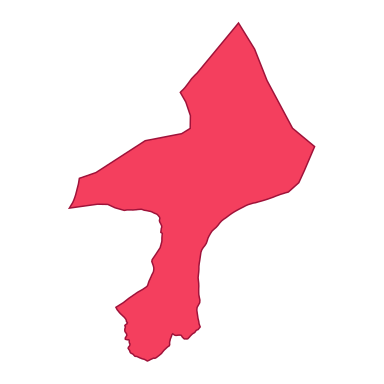 Markhah As Sufla, Shabwah, Yemen
{"feature_id": "15242507B42108001153056", "entity_name": "Markhah As Sufla", "entity_type": "district", "adm_level": 2, "iso_a3": "YEM", "parent_name": "Yemen", "parent_adm1": "Shabwah", "projection": "robinson", "projection_center": [46.113, 14.696], "detail": "fine", "context": "isolated", "style": "filled", "palette": "rose", "viewbox_px": 384, "rotation_deg": 0, "n_neighbors": 0, "source": "geoboundaries", "source_scale": "gbopen_adm2", "svg_char_len": 4096}
<svg xmlns="http://www.w3.org/2000/svg" viewBox="0 0 384 384"><path d="M200.2,326.9L200.0,326.4L199.1,323.9L198.7,321.1L198.0,318.4L197.6,315.6L197.2,312.9L196.8,310.1L197.1,307.4L198.4,305.1L199.7,302.7L199.9,300.1L199.3,297.3L198.8,294.6L198.7,291.8L198.7,288.9L198.8,286.1L198.7,283.3L198.4,280.5L198.1,277.7L198.4,274.8L198.7,272.1L198.9,269.2L198.9,266.4L199.2,263.6L199.7,260.7L200.1,257.9L200.5,255.2L200.9,252.4L201.8,249.8L203.2,247.6L204.9,245.5L206.3,243.3L207.2,240.8L208.0,238.1L209.2,235.7L210.5,233.4L212.0,231.1L213.9,229.3L216.1,227.4L217.9,225.4L219.7,223.0L221.6,220.9L223.6,219.3L225.7,217.9L227.7,216.4L229.8,214.8L232.1,213.2L234.5,211.7L236.6,210.5L238.8,209.3L241.1,208.1L243.3,207.0L245.7,205.7L248.2,204.6L250.6,203.9L253.2,203.1L255.6,202.7L258.2,201.9L260.8,201.2L263.2,200.5L265.5,199.8L268.0,199.0L270.5,198.1L273.1,197.2L275.7,196.1L278.2,195.2L280.6,194.3L283.0,193.6L285.5,192.8L288.2,192.1L288.4,192.0L298.8,182.7L304.4,170.5L314.6,146.6L298.0,132.8L293.7,129.2L292.5,128.2L267.0,80.5L254.6,49.1L238.5,23.0L229.2,34.3L197.1,73.1L195.2,74.9L193.4,76.8L191.6,78.7L190.0,80.9L188.4,83.1L186.8,85.2L185.2,87.3L183.4,89.3L181.4,91.2L180.3,92.4L185.8,102.0L190.4,115.6L190.2,128.4L181.6,133.7L172.6,135.4L145.2,140.7L95.9,172.6L79.4,178.3L79.3,178.6L78.9,181.2L78.4,184.1L78.3,184.5L77.7,186.8L77.0,189.5L76.3,192.3L75.6,195.0L74.7,197.7L73.7,200.4L72.6,202.8L71.1,205.2L69.7,207.6L69.4,208.1L97.5,204.2L107.8,204.4L115.1,207.8L124.3,210.4L127.2,209.9L130.0,209.9L131.5,209.9L132.7,210.0L135.0,209.8L136.4,209.7L137.7,209.5L139.2,209.4L140.4,209.3L141.6,209.3L142.9,209.7L144.1,210.2L145.3,210.4L146.3,210.5L146.6,210.6L147.7,210.8L148.9,211.1L150.1,211.3L151.4,211.7L152.3,212.1L152.5,212.2L153.6,212.8L154.7,213.3L155.8,213.7L156.9,214.2L157.8,215.0L158.6,216.0L159.4,216.9L159.9,218.2L159.6,219.5L159.4,220.8L159.9,222.3L160.5,223.3L161.1,224.6L161.7,225.9L161.7,227.3L161.3,228.5L160.8,232.3L161.1,232.6L161.6,232.8L162.3,233.5L162.3,233.8L162.1,235.1L162.0,236.5L161.9,238.0L161.9,239.3L161.9,240.7L161.7,242.1L161.3,243.4L161.0,244.7L160.5,246.3L160.2,247.6L155.9,254.2L152.2,259.6L151.8,261.5L153.3,265.7L153.8,267.8L153.8,269.4L153.6,270.7L153.4,271.8L152.8,273.1L152.2,274.2L151.6,275.4L151.1,276.7L150.5,277.9L149.9,279.4L149.3,280.5L148.8,281.8L148.4,283.0L148.0,284.3L147.6,285.6L146.5,286.8L142.7,289.4L137.7,292.2L128.7,298.4L123.4,302.6L115.9,307.3L117.2,309.8L117.9,310.6L118.6,311.5L119.3,312.4L120.1,313.3L121.0,314.2L121.9,315.0L122.7,315.8L123.6,316.6L124.5,317.5L125.2,318.4L125.8,319.2L126.3,320.2L126.3,320.8L126.4,321.4L127.1,322.3L127.4,322.8L127.0,323.1L127.0,323.8L126.6,324.0L125.9,324.5L125.1,325.1L124.8,325.8L125.0,326.1L125.4,326.3L125.2,327.9L124.8,329.0L124.8,330.4L125.0,331.6L126.6,333.9L126.8,335.5L126.2,336.4L125.2,338.1L125.4,339.2L125.4,339.3L127.5,339.8L128.7,339.7L129.3,340.6L129.2,341.8L129.4,343.0L130.0,344.0L129.8,345.2L129.3,346.3L128.5,347.1L128.1,348.2L128.9,349.6L129.6,350.4L129.9,351.6L130.4,352.6L131.3,353.4L132.3,353.7L133.2,354.4L134.0,355.3L134.7,356.1L135.7,356.4L135.8,356.4L136.7,356.4L136.8,356.4L137.0,356.5L137.8,356.9L138.7,357.3L139.7,357.8L140.8,358.2L141.9,358.7L142.7,358.9L142.9,359.0L143.9,359.2L144.9,359.6L145.8,360.1L147.3,361.0L147.9,360.8L148.9,360.4L149.8,359.9L150.7,359.4L151.7,359.0L152.7,358.5L153.8,358.1L154.8,358.3L155.8,357.9L156.7,357.3L157.6,356.6L158.4,356.0L159.3,355.3L160.1,354.6L161.0,353.9L161.8,353.1L162.4,352.2L163.2,351.3L163.9,350.4L164.7,349.6L165.6,348.8L166.5,347.9L167.3,347.2L168.2,346.5L169.2,345.9L169.7,344.7L169.6,343.6L169.6,342.4L169.8,341.3L170.1,340.2L170.3,339.1L170.8,337.9L171.2,336.9L171.6,335.9L171.9,334.7L172.7,333.8L173.7,334.5L174.6,335.1L175.6,335.4L176.7,335.4L177.8,335.2L178.9,335.1L179.9,335.1L181.0,335.2L181.7,336.0L182.3,337.0L183.1,337.8L183.8,338.6L184.8,339.0L185.8,338.8L186.9,339.0L187.9,338.7L188.7,337.8L189.5,337.0L190.2,336.1L191.1,335.2L192.0,334.3L193.0,333.5L194.0,333.0L194.9,332.3L195.6,331.3L196.2,330.4L197.2,329.9L198.2,329.5L198.8,328.6L199.6,327.7L200.2,326.9Z" fill="#f43f5e" stroke="#9f1239" stroke-width="1.5"/></svg>